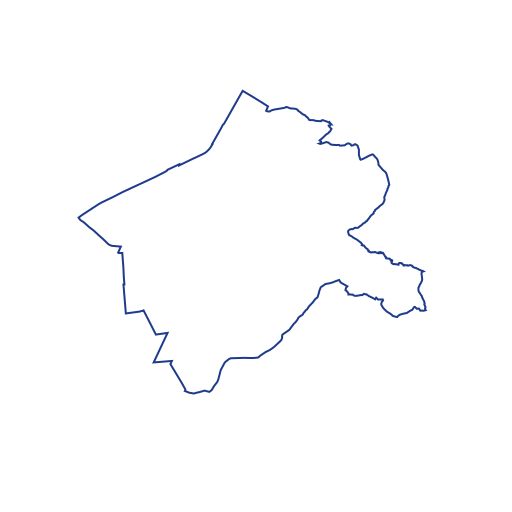 outline of Moacsa, Covasna, Romania, rotated 116°
{"feature_id": "2599482B70686666792164", "entity_name": "Moacsa", "entity_type": "district", "adm_level": 2, "iso_a3": "ROU", "parent_name": "Romania", "parent_adm1": "Covasna", "projection": "orthographic", "projection_center": [25.941, 45.883], "detail": "fine", "context": "isolated", "style": "outline", "palette": "blue", "viewbox_px": 512, "rotation_deg": 116, "n_neighbors": 0, "source": "geoboundaries", "source_scale": "gbopen_adm2", "svg_char_len": 6069}
<svg xmlns="http://www.w3.org/2000/svg" viewBox="0 0 512 512"><g transform="rotate(116 256 256)"><path d="M408.5,260.7L408.3,258.2L408.1,255.9L406.8,251.5L404.6,249.1L403.6,247.7L399.8,243.5L399.4,242.6L398.6,238.4L396.1,237.1L390.8,236.6L386.3,235.6L383.3,235.8L374.0,237.7L365.9,237.4L365.3,237.3L364.2,236.9L360.5,235.1L359.0,233.9L352.8,222.1L349.2,214.3L347.3,211.1L346.1,209.4L343.7,208.5L337.5,204.9L337.3,204.6L334.6,202.5L331.8,200.9L329.3,199.7L322.6,197.1L320.7,196.5L319.8,196.4L318.6,196.6L317.4,196.9L316.8,197.4L315.7,197.7L314.9,197.7L307.9,193.7L300.4,192.3L298.3,191.5L294.8,190.8L293.0,190.9L290.8,189.9L288.4,188.4L285.8,188.2L284.6,187.7L283.3,187.6L282.3,187.2L281.8,186.8L281.0,186.6L278.4,186.4L272.7,184.6L268.9,183.9L267.1,183.1L266.3,182.6L262.0,183.2L259.6,183.8L255.7,184.1L250.6,181.2L250.1,180.4L248.0,177.6L245.8,175.2L244.8,174.4L241.1,170.8L242.7,168.3L243.2,160.6L245.2,161.1L247.4,160.7L247.9,158.7L248.4,157.7L249.3,156.4L250.1,156.0L249.2,154.6L249.1,153.6L248.3,152.3L248.6,151.1L248.6,150.4L248.1,148.8L246.7,146.7L245.2,144.7L244.6,143.4L242.6,142.3L242.5,140.8L242.0,139.9L242.6,136.7L242.5,135.8L242.5,132.9L242.7,129.9L240.8,129.7L241.6,127.2L239.5,123.1L240.2,122.3L242.3,122.8L244.2,122.4L244.8,122.1L246.2,120.1L247.0,118.7L247.7,117.0L248.1,115.5L248.6,114.3L248.9,110.5L249.4,108.0L249.9,107.0L249.3,103.4L248.9,102.3L247.5,102.0L245.9,101.1L243.4,98.5L241.2,95.5L237.8,93.5L236.8,92.8L236.2,92.2L235.5,91.9L233.0,91.6L232.3,91.3L232.1,90.9L232.9,88.2L231.8,86.6L232.0,86.1L233.0,84.7L233.1,84.3L232.6,83.6L232.0,81.9L231.6,81.2L230.3,79.7L229.8,80.6L229.4,80.7L229.0,81.1L227.7,81.2L225.8,83.4L225.5,83.6L224.9,83.5L223.8,84.4L223.2,84.8L221.2,87.5L220.4,88.3L220.1,88.9L219.4,89.3L218.2,91.5L217.2,93.0L217.1,93.5L216.4,94.3L215.2,95.2L213.3,96.1L211.3,96.0L209.9,96.3L208.7,96.0L205.4,96.0L203.9,96.5L200.6,98.6L199.9,99.2L198.6,99.8L197.9,99.8L196.9,99.4L196.4,98.8L196.3,99.8L196.8,100.5L196.6,101.7L196.8,103.8L196.6,104.3L196.6,104.8L196.7,105.3L196.7,107.3L197.1,108.5L196.9,109.9L197.0,110.4L196.9,110.8L196.4,111.1L196.3,111.8L196.6,113.3L196.9,114.0L197.7,114.5L198.1,115.4L197.9,115.8L198.1,116.3L198.6,116.9L198.9,118.2L199.1,118.6L199.8,118.8L199.9,119.2L199.8,119.4L199.4,119.7L199.1,120.2L199.0,121.7L198.6,121.8L198.6,122.0L198.9,122.6L199.1,123.7L199.9,124.4L200.4,124.4L201.4,124.1L201.6,124.7L201.8,126.1L202.2,126.7L202.5,128.1L203.1,128.8L203.0,130.3L202.7,130.8L202.8,131.0L201.6,131.9L201.4,131.4L200.7,131.4L200.4,131.5L200.1,132.0L200.2,132.5L201.0,132.7L200.7,133.4L200.1,133.9L199.8,134.7L199.9,135.1L200.2,135.6L200.5,136.3L200.5,136.8L200.7,137.4L201.1,138.0L200.9,138.3L200.1,138.7L199.8,139.1L199.9,139.7L198.7,141.3L198.4,142.0L197.8,142.6L197.5,143.2L197.5,143.6L197.7,143.9L198.3,144.1L198.3,144.4L198.2,144.7L197.9,144.8L197.9,145.8L198.3,146.4L198.6,146.2L198.8,146.1L198.8,145.7L199.0,145.7L199.9,147.2L199.8,147.4L199.3,147.2L199.1,147.4L199.2,147.5L199.6,147.7L200.0,148.1L200.2,149.3L200.2,150.9L200.7,151.3L201.4,152.4L201.4,152.9L201.7,153.2L202.1,153.9L202.5,154.2L202.4,155.1L202.6,156.7L202.6,156.8L202.2,156.8L201.8,156.9L201.6,157.5L201.5,158.3L201.0,158.6L200.6,160.9L199.9,162.5L199.3,163.3L199.6,164.4L199.9,165.0L199.9,165.7L199.6,165.7L199.2,165.4L199.1,165.6L199.1,165.9L198.6,166.3L198.2,167.0L197.0,172.6L196.9,176.4L196.5,178.0L196.3,180.5L196.5,181.2L195.6,182.4L193.9,183.9L193.1,184.1L191.5,183.6L190.4,182.6L189.8,181.8L189.8,181.4L189.5,180.9L188.3,180.1L187.5,179.7L186.9,178.7L186.8,178.3L186.1,177.0L185.6,176.4L184.8,176.2L182.8,175.2L182.4,174.8L179.8,173.9L178.6,173.1L178.2,172.7L176.9,172.5L176.6,172.1L176.0,171.7L175.2,171.5L174.4,171.6L173.8,171.2L170.1,170.6L168.5,170.1L166.2,168.9L165.5,169.3L164.7,169.4L163.7,169.0L162.8,168.9L162.3,169.1L158.4,167.1L157.7,167.0L156.3,166.4L154.1,165.2L153.5,165.1L152.8,164.8L149.2,165.0L147.1,166.4L146.3,166.6L144.6,166.5L143.6,166.8L138.5,167.0L137.8,167.3L136.2,167.2L135.2,167.6L133.6,167.4L129.0,171.1L124.5,175.2L123.7,176.9L123.0,179.8L120.4,185.8L118.0,187.3L116.5,188.7L115.5,190.1L114.3,193.4L113.8,194.4L113.5,195.5L113.9,196.2L115.9,198.0L121.7,202.3L123.6,204.1L123.4,204.7L120.2,207.7L115.0,210.3L114.1,211.4L112.5,212.8L112.1,213.8L112.0,215.8L112.7,216.6L113.6,216.9L114.9,218.4L114.8,219.1L114.1,220.0L114.2,222.1L115.0,223.3L117.7,224.9L120.0,228.9L119.8,229.9L120.0,230.6L120.9,232.0L121.6,233.9L122.0,234.3L122.1,235.1L122.7,236.4L122.9,238.3L122.3,240.4L122.6,241.8L122.7,242.7L126.1,246.1L127.1,247.4L127.2,248.4L126.9,248.1L125.4,247.1L124.6,247.7L124.3,248.8L124.2,249.5L122.8,248.9L121.7,248.3L115.8,246.1L114.3,245.1L113.3,244.7L112.2,244.5L111.7,244.1L108.7,243.9L108.4,244.8L107.1,247.8L106.9,247.9L106.4,247.0L105.5,246.6L105.4,246.7L104.9,246.5L104.7,246.0L103.5,248.7L104.2,248.8L104.0,250.3L104.6,255.4L105.0,256.1L105.4,256.5L105.8,256.4L106.3,256.6L107.4,259.1L108.3,261.5L108.5,262.0L108.6,263.5L108.8,264.1L110.4,267.6L108.8,270.6L108.8,271.5L108.2,273.2L108.0,273.9L108.0,274.5L108.2,275.3L108.0,276.1L107.9,277.3L107.4,279.0L107.0,281.8L106.5,282.3L106.3,283.7L106.3,284.7L107.5,288.1L108.1,289.2L108.3,290.0L108.6,293.7L108.9,294.3L109.6,294.6L110.9,296.1L116.3,303.7L118.4,306.0L120.4,307.4L121.2,310.1L121.1,310.5L116.3,310.8L115.6,316.6L115.0,322.6L114.6,326.3L113.4,340.4L151.1,342.7L152.6,343.3L156.9,343.4L174.5,344.5L174.5,344.1L178.6,344.5L180.8,345.0L184.2,346.2L185.5,346.9L187.5,348.3L194.8,354.1L195.4,354.7L208.3,364.8L207.2,365.2L209.6,367.1L217.4,373.4L218.1,373.4L219.5,374.1L228.8,381.0L257.0,403.9L265.3,410.1L275.7,418.3L278.3,420.1L295.6,430.4L299.3,432.3L300.7,429.6L301.1,426.0L301.4,424.8L303.3,418.1L303.7,415.9L304.2,413.3L306.4,406.0L307.8,400.9L310.0,394.2L310.2,393.2L310.2,391.7L310.0,389.9L306.8,381.6L313.4,381.4L313.5,380.8L313.3,380.2L311.9,377.5L325.1,369.8L333.2,365.4L339.1,361.9L339.2,362.2L339.6,362.7L364.7,347.8L356.8,336.0L355.2,334.3L355.1,333.9L354.2,333.2L370.5,311.5L363.9,301.8L396.5,301.3L387.2,285.6L390.7,285.5L402.7,267.0L406.6,261.4L407.6,260.6L408.5,260.7Z" fill="none" stroke="#1e3a8a" stroke-width="2"/></g></svg>